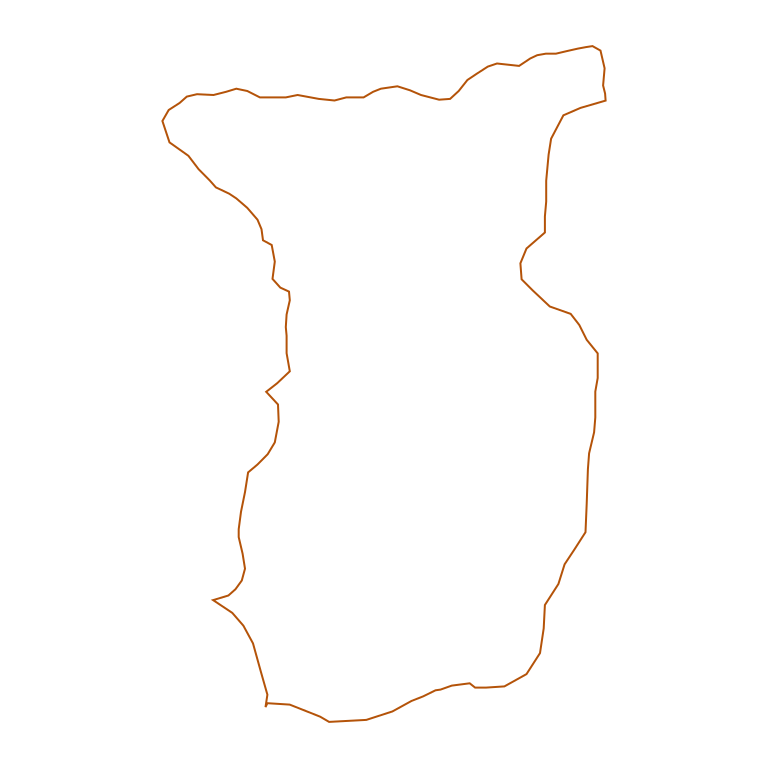 the district of Askeia, Cyprus
{"feature_id": "46923920B6105070977728", "entity_name": "Askeia", "entity_type": "district", "adm_level": 2, "iso_a3": "CYP", "parent_name": "Cyprus", "parent_adm1": "", "projection": "mercator", "projection_center": [33.61, 35.152], "detail": "fine", "context": "isolated", "style": "outline", "palette": "amber", "viewbox_px": 768, "rotation_deg": 0, "n_neighbors": 0, "source": "geoboundaries", "source_scale": "gbopen_adm2", "svg_char_len": 1757}
<svg xmlns="http://www.w3.org/2000/svg" viewBox="0 0 768 768"><path d="M265.5,707.1L267.4,703.2L289.7,704.6L320.2,716.7L329.1,721.9L366.3,719.9L391.3,711.8L392.3,711.5L411.6,700.9L423.1,696.4L435.5,690.3L440.5,689.6L451.8,685.6L469.7,683.3L475.1,687.6L475.9,687.6L486.0,687.6L504.4,686.4L526.5,674.1L540.0,653.1L543.7,628.4L544.9,605.0L558.4,584.0L564.6,564.3L574.4,549.5L585.5,532.2L586.7,503.8L587.9,469.3L589.1,453.3L594.1,432.3L595.3,417.5L595.3,391.6L597.7,378.0L597.7,353.4L586.7,339.8L579.3,325.0L570.7,313.9L549.8,306.5L532.7,290.4L521.6,279.3L520.4,263.3L526.5,248.5L544.9,232.5L544.9,216.4L546.2,201.6L546.2,180.7L548.6,154.7L551.1,138.7L563.4,115.3L580.5,107.9L605.6,100.6L605.1,93.6L603.1,85.5L604.6,68.3L600.5,50.6L592.5,46.1L586.0,47.1L577.9,48.6L566.8,51.1L555.8,53.7L545.7,53.7L537.2,55.2L530.2,58.5L519.1,65.9L497.0,63.5L487.8,66.6L476.8,73.7L467.4,80.0L458.7,91.0L450.1,98.9L439.1,99.7L421.0,95.0L410.0,90.3L397.4,86.3L380.9,88.7L373.1,91.8L363.6,97.4L346.3,97.4L334.5,100.5L318.8,98.9L297.6,95.0L285.8,97.4L270.1,97.4L259.9,97.4L247.3,91.0L236.3,88.7L226.1,91.8L213.5,95.0L197.0,94.2L186.8,96.6L179.7,102.9L168.7,110.0L162.4,121.0L169.5,142.4L188.4,155.8L198.6,169.2L209.6,180.3L215.9,187.4L229.2,193.7L236.3,198.4L247.3,207.9L257.5,219.7L261.5,229.2L263.0,240.3L271.7,245.0L274.8,261.6L272.5,278.9L280.3,287.6L289.0,291.6L289.8,300.3L286.6,314.5L285.8,327.1L286.6,335.8L286.6,353.2L289.8,371.3L277.2,383.2L266.2,391.8L278.0,404.5L278.7,421.8L274.8,442.4L267.7,454.2L257.5,464.5L248.1,472.4L245.0,492.1L241.0,511.8L238.7,529.2L238.7,537.1L242.6,553.7L245.0,568.7L241.8,580.5L235.5,589.2L228.4,595.5L213.1,600.1L232.3,612.9L243.4,625.7L253.0,643.4L261.0,672.2L267.4,694.7L265.5,707.1Z" fill="none" stroke="#b45309" stroke-width="2"/></svg>